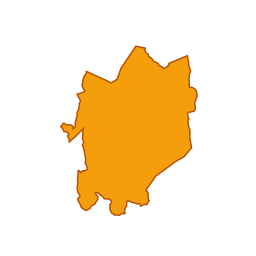 outline of Assaré, Ceará, Brazil, rotated 121°
{"feature_id": "56859067B95707829386079", "entity_name": "Assaré", "entity_type": "district", "adm_level": 2, "iso_a3": "BRA", "parent_name": "Brazil", "parent_adm1": "Ceará", "projection": "natural_earth1", "projection_center": [-39.823, -6.92], "detail": "fine", "context": "isolated", "style": "filled", "palette": "amber", "viewbox_px": 256, "rotation_deg": 121, "n_neighbors": 0, "source": "geoboundaries", "source_scale": "gbopen_adm2", "svg_char_len": 3541}
<svg xmlns="http://www.w3.org/2000/svg" viewBox="0 0 256 256"><g transform="rotate(121 128 128)"><path d="M208.8,138.2L209.5,136.6L210.4,134.7L212.0,133.9L213.7,134.7L214.9,134.5L216.4,132.8L217.3,131.1L217.9,130.2L218.5,129.0L219.3,127.8L220.2,127.1L220.3,125.5L220.5,121.6L218.8,120.5L217.4,119.6L215.8,119.0L214.3,119.3L211.8,118.3L210.7,117.3L209.4,117.3L207.8,117.4L206.3,117.0L204.9,117.3L202.9,118.1L202.2,119.3L201.1,121.3L200.8,122.6L199.7,122.5L199.1,120.5L199.4,118.6L199.8,117.2L199.4,116.0L200.1,114.1L200.9,111.9L199.5,109.3L198.8,108.0L198.8,106.1L198.9,104.9L199.7,104.1L200.8,103.7L201.9,104.0L203.0,104.2L204.4,103.0L205.7,102.5L206.7,101.8L207.6,101.0L208.3,99.8L209.2,98.4L209.4,97.1L209.0,96.0L209.7,94.8L208.8,93.8L208.0,92.2L207.2,90.4L205.7,89.8L203.9,89.0L203.7,87.0L202.3,86.7L201.3,87.8L200.1,88.6L198.3,89.0L196.3,89.2L194.8,89.2L193.5,90.3L192.2,90.9L190.6,91.0L190.1,89.6L190.0,88.2L189.8,86.6L189.2,85.0L188.6,82.8L188.4,81.2L187.4,80.1L187.0,78.7L188.5,76.9L187.7,76.3L185.8,75.4L184.7,73.8L183.9,72.4L182.5,72.4L180.8,72.5L179.3,72.4L178.7,73.8L177.8,74.5L176.5,75.4L175.6,76.2L174.6,76.5L173.3,77.6L172.3,78.8L172.4,80.4L170.4,80.5L160.4,79.8L154.7,79.4L147.5,76.3L136.5,71.7L132.2,69.9L123.6,65.1L112.3,63.3L110.7,64.6L108.5,66.6L106.1,68.6L104.9,69.8L103.0,71.0L101.4,71.7L100.4,72.3L99.3,73.0L98.2,73.8L97.2,74.7L96.5,75.6L95.2,76.9L94.3,77.9L92.6,79.1L91.4,80.1L89.9,80.4L88.7,80.6L87.3,82.6L86.1,83.5L85.0,84.4L83.3,84.2L82.3,82.7L81.3,82.1L80.6,81.2L79.9,80.1L78.7,79.9L76.8,80.4L74.9,81.4L73.8,82.5L72.4,83.6L70.8,84.2L69.8,84.3L68.2,84.6L66.1,84.9L64.8,85.3L64.0,86.0L62.1,87.5L61.2,88.5L60.3,90.3L60.2,91.8L59.9,93.5L60.6,94.6L61.3,96.4L59.1,98.0L58.1,98.5L56.3,99.5L55.3,100.6L52.4,101.9L50.5,103.2L47.5,103.3L44.6,106.1L43.9,107.2L43.1,108.2L41.0,109.4L39.3,110.9L38.2,111.9L37.2,112.7L36.4,113.4L35.5,114.4L51.5,126.2L52.8,125.2L53.6,125.9L55.1,125.7L56.3,126.4L57.1,127.2L58.7,128.0L58.0,129.8L58.2,131.9L58.4,133.6L57.2,135.4L57.3,137.5L57.4,138.9L57.7,140.2L56.8,141.9L56.1,143.9L56.1,145.2L56.0,146.4L55.4,147.9L54.6,148.8L54.2,150.2L54.0,151.5L53.1,153.5L51.7,153.7L50.6,154.2L53.8,163.4L59.4,163.7L80.3,164.8L88.3,163.1L91.8,162.4L98.0,165.7L98.5,171.8L100.9,192.7L102.4,191.8L103.9,192.2L105.3,192.2L106.8,192.2L108.4,191.8L110.1,191.3L111.8,190.6L113.4,189.8L114.5,189.6L115.6,189.1L116.5,187.5L117.6,186.2L117.9,184.6L119.0,183.9L122.5,186.5L125.3,189.1L128.9,182.9L130.1,182.4L131.6,182.5L132.9,182.0L133.7,181.3L135.4,180.7L137.5,179.9L138.9,179.8L140.7,179.6L142.2,178.9L143.5,177.9L145.2,177.5L146.6,177.2L148.2,176.6L149.7,176.2L151.2,175.5L152.2,175.2L153.4,174.2L155.1,173.7L156.8,174.8L155.5,175.2L154.8,176.7L154.8,178.0L155.1,179.6L156.3,181.0L157.0,182.2L156.8,184.9L157.4,186.1L158.7,185.9L161.4,186.4L162.1,184.2L162.7,183.0L164.1,180.8L163.0,179.1L163.1,177.2L164.0,175.4L166.0,175.7L167.6,173.0L170.2,171.1L161.7,168.4L160.1,168.1L151.4,165.9L153.4,165.3L155.0,164.5L156.4,163.7L158.1,162.8L159.1,162.1L160.3,161.8L161.2,161.0L161.9,160.0L162.7,158.8L163.7,158.5L164.9,158.3L166.5,158.1L167.4,156.5L168.4,155.6L169.6,154.4L170.7,153.2L171.6,152.6L172.7,151.5L173.9,150.4L174.8,149.6L176.9,148.1L178.3,147.3L179.5,146.9L180.4,146.3L181.0,145.0L182.0,143.7L183.1,142.3L184.3,141.8L186.0,142.1L186.5,143.2L187.6,143.8L187.9,145.0L190.5,145.3L189.6,148.1L190.5,148.8L191.8,148.0L192.8,147.1L194.5,146.6L195.5,146.0L198.0,144.9L199.4,143.8L201.0,142.9L202.3,142.0L203.9,141.7L205.6,140.6L207.3,139.3L208.8,138.2Z" fill="#f59e0b" stroke="#b45309" stroke-width="1.5"/></g></svg>